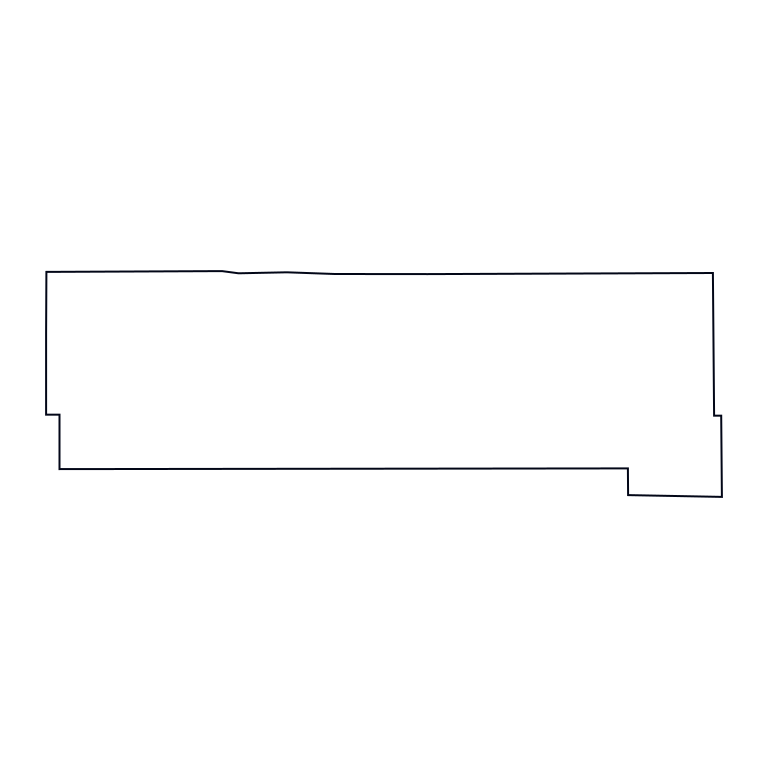 Pennington, Minnesota, United States of America (Natural Earth projection)
{"feature_id": "52423323B40299711092463", "entity_name": "Pennington", "entity_type": "district", "adm_level": 2, "iso_a3": "USA", "parent_name": "United States of America", "parent_adm1": "Minnesota", "projection": "natural_earth1", "projection_center": [-96.089, 48.054], "detail": "fine", "context": "isolated", "style": "outline", "palette": "ink", "viewbox_px": 768, "rotation_deg": 0, "n_neighbors": 0, "source": "geoboundaries", "source_scale": "gbopen_adm2", "svg_char_len": 325}
<svg xmlns="http://www.w3.org/2000/svg" viewBox="0 0 768 768"><path d="M46.4,271.9L46.1,333.1L46.1,414.7L59.5,414.7L59.5,469.1L627.9,468.4L628.1,495.1L721.9,496.9L721.2,415.7L714.1,415.7L712.9,273.0L427.8,274.1L334.7,274.0L286.8,272.3L238.6,273.3L222.0,271.1L46.4,271.9Z" fill="none" stroke="#020617" stroke-width="2"/></svg>